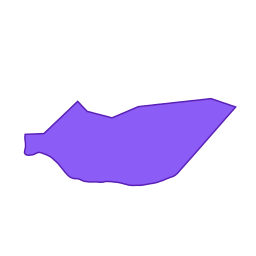 the district of Zamakh wa Manwokh, Hadramawt, Yemen, rotated 46°
{"feature_id": "15242507B25520584620075", "entity_name": "Zamakh wa Manwokh", "entity_type": "district", "adm_level": 2, "iso_a3": "YEM", "parent_name": "Yemen", "parent_adm1": "Hadramawt", "projection": "albers", "projection_center": [47.768, 17.17], "detail": "fine", "context": "isolated", "style": "filled", "palette": "violet", "viewbox_px": 256, "rotation_deg": 46, "n_neighbors": 0, "source": "geoboundaries", "source_scale": "gbopen_adm2", "svg_char_len": 5528}
<svg xmlns="http://www.w3.org/2000/svg" viewBox="0 0 256 256"><g transform="rotate(46 128 128)"><path d="M61.1,206.4L62.2,207.6L62.4,207.9L63.0,208.5L63.4,208.8L63.5,209.0L63.8,209.3L64.3,209.7L64.8,210.1L65.3,210.5L65.7,210.8L66.1,211.1L66.6,211.5L67.1,211.8L67.6,212.2L68.0,212.6L68.5,213.0L68.9,213.4L69.4,213.9L69.9,214.3L70.3,214.8L70.7,215.3L70.9,215.5L71.0,215.7L71.4,216.3L71.8,216.8L72.1,217.3L72.4,217.8L72.5,217.9L72.7,218.2L72.9,218.5L73.1,218.7L73.6,219.3L74.0,219.7L74.2,219.8L74.5,219.9L75.1,220.0L75.6,220.0L76.2,219.9L76.7,219.7L76.8,219.7L77.2,219.5L77.6,219.2L78.1,218.8L78.6,218.3L79.0,217.9L79.3,217.5L79.6,217.0L80.4,216.0L80.7,215.5L81.1,215.1L81.2,214.9L81.3,214.6L81.7,214.0L81.8,213.5L81.9,213.0L82.1,212.4L82.3,211.9L82.5,211.4L82.6,211.2L82.7,210.8L82.9,210.2L83.0,210.1L83.2,209.7L83.5,209.2L83.9,208.8L84.3,208.5L84.7,208.2L85.0,208.0L85.2,207.9L85.7,207.6L86.2,207.3L86.4,207.2L87.1,206.9L87.3,206.8L87.7,206.6L88.3,206.3L88.7,206.2L89.0,206.0L89.5,205.8L89.9,205.6L90.1,205.4L90.8,205.2L91.1,205.0L91.3,205.0L91.8,204.7L92.1,204.7L92.3,204.6L92.9,204.4L93.5,204.2L94.0,204.0L94.5,203.9L95.3,203.7L95.6,203.6L95.9,203.6L96.6,203.5L97.2,203.4L97.8,203.4L98.0,203.4L98.6,203.3L98.9,203.3L99.1,203.3L99.7,203.3L99.8,203.3L100.3,203.2L100.5,203.2L101.0,203.2L101.8,203.1L102.7,203.1L103.2,203.1L103.6,203.1L103.8,203.0L104.5,203.0L105.2,203.0L105.9,203.0L106.3,203.1L107.2,203.2L107.8,203.2L108.3,203.3L109.1,203.4L109.6,203.4L110.2,203.4L110.8,203.5L111.1,203.5L111.4,203.6L111.7,203.6L112.0,203.6L112.5,203.6L113.1,203.7L113.7,203.7L114.3,203.8L114.5,203.8L114.9,203.9L115.3,203.9L115.5,204.0L116.2,204.0L116.6,204.0L116.8,204.0L117.3,204.0L117.5,204.0L118.1,204.0L118.4,204.0L118.8,204.1L119.5,204.1L119.8,204.1L120.0,204.1L120.6,204.1L121.3,204.0L121.8,204.0L122.0,203.9L122.5,203.9L122.9,203.8L123.0,203.8L123.5,203.6L124.1,203.4L124.6,203.2L125.2,202.9L125.9,202.5L126.3,202.3L126.9,201.9L127.3,201.6L127.8,201.1L128.3,200.6L128.7,200.2L129.1,199.9L129.6,199.4L130.0,199.1L130.6,198.8L131.2,198.5L132.1,198.1L132.5,198.0L132.8,197.9L133.1,197.7L133.4,197.6L133.9,197.4L134.4,197.2L134.9,197.0L135.4,196.8L135.8,196.5L136.3,196.2L136.8,195.8L137.3,195.4L137.7,195.1L138.2,194.6L138.7,194.3L138.9,194.2L139.3,193.9L139.7,193.4L139.9,193.2L140.1,193.0L140.5,192.6L141.1,192.1L141.5,191.7L141.9,191.3L142.3,190.8L142.8,190.3L143.2,189.9L143.6,189.5L143.7,189.3L143.9,189.1L144.3,188.6L144.8,188.2L145.3,187.8L145.8,187.4L146.2,187.0L146.7,186.6L147.2,186.1L147.6,185.7L148.1,185.3L148.3,185.0L148.5,184.8L149.0,184.3L149.3,183.9L149.7,183.3L150.0,182.9L150.1,182.6L150.3,182.3L150.5,181.8L150.6,181.7L150.8,181.4L151.3,180.9L151.7,180.4L152.2,179.9L152.6,179.5L152.9,179.3L153.0,179.2L153.4,178.8L153.9,178.3L154.3,177.9L154.7,177.5L155.1,177.2L155.5,176.8L156.0,176.5L156.5,176.1L156.8,175.8L157.0,175.7L157.5,175.2L157.9,174.9L158.4,174.5L158.8,174.1L159.3,173.7L159.7,173.4L160.1,173.0L160.6,172.7L161.2,172.3L161.4,172.2L161.6,172.0L161.9,171.8L162.1,171.7L162.5,171.4L163.0,171.1L163.6,170.7L164.0,170.4L164.5,170.2L165.0,169.9L165.3,169.8L165.5,169.6L166.1,169.2L166.6,168.9L167.2,168.5L167.4,168.4L167.7,168.2L168.1,168.0L168.1,167.9L168.6,167.7L169.1,167.4L169.3,167.3L169.5,167.2L170.0,166.8L170.5,166.4L170.9,166.0L171.4,165.7L171.7,165.3L172.3,164.8L172.7,164.4L173.2,163.9L173.6,163.5L173.9,163.1L174.1,162.9L174.3,162.6L174.7,162.1L175.1,161.7L175.6,161.2L176.0,160.8L176.4,160.4L176.5,160.2L176.9,159.9L177.3,159.5L177.7,159.0L177.8,158.9L178.1,158.6L178.4,158.2L178.8,157.7L179.1,157.3L179.5,156.8L179.5,156.7L179.9,156.2L180.3,155.6L180.6,155.0L181.0,154.5L181.1,154.4L181.4,153.9L181.7,153.3L181.9,153.2L182.2,152.7L182.5,152.2L182.9,151.6L183.2,151.2L183.5,150.7L183.9,150.2L184.2,149.7L184.5,149.4L184.7,149.1L185.1,148.5L185.3,148.1L185.7,147.5L186.1,147.0L186.2,146.8L186.4,146.5L186.7,146.0L187.0,145.4L187.3,144.8L187.6,144.3L187.8,143.8L188.0,143.3L188.1,143.2L188.3,142.7L188.6,142.1L188.8,141.6L189.1,141.0L189.4,140.6L189.6,140.0L189.7,139.9L189.9,139.3L190.2,138.7L190.4,138.2L190.5,137.7L190.7,137.1L190.8,136.8L190.9,136.5L191.1,136.0L191.4,135.5L191.6,134.9L191.9,134.3L192.2,133.6L192.4,132.9L192.6,132.4L192.9,131.8L193.1,131.3L193.2,131.1L193.5,130.6L193.8,130.1L194.0,129.6L194.2,129.0L194.3,128.8L194.3,128.5L194.5,128.0L194.6,127.4L194.7,127.0L194.7,126.7L194.8,126.2L194.8,125.8L194.8,125.5L194.9,125.0L194.9,124.5L194.9,123.9L194.9,123.4L194.8,122.8L194.8,122.1L194.8,121.6L194.7,121.0L194.6,120.5L194.2,114.8L192.8,97.0L192.3,90.9L188.8,49.9L187.7,36.0L185.8,36.9L184.2,37.8L182.4,38.7L180.6,39.6L178.8,40.5L177.1,41.4L175.3,42.4L173.4,43.3L172.0,44.0L170.0,45.0L168.2,46.0L166.4,46.9L164.6,47.8L163.4,49.4L162.1,51.0L160.9,52.7L159.4,54.5L158.4,55.9L157.2,57.5L155.9,59.1L154.7,60.7L153.4,62.3L152.2,63.8L150.9,65.5L149.7,67.1L148.5,68.7L147.2,70.3L146.0,71.9L144.7,73.5L143.5,75.1L142.3,76.6L141.0,78.3L139.8,79.9L138.5,81.6L137.3,83.1L136.1,84.7L134.8,86.3L133.6,87.9L132.3,89.5L131.1,91.1L129.8,92.7L128.6,94.4L127.4,96.0L126.1,97.6L124.9,99.2L123.6,100.8L122.4,102.4L121.2,104.0L119.9,105.6L118.4,109.4L117.0,113.2L116.2,115.2L114.8,119.0L113.3,122.8L112.6,124.7L111.1,128.6L109.6,132.4L108.1,133.4L106.5,134.3L104.9,135.3L103.4,136.2L101.8,137.2L100.3,138.1L98.7,139.1L97.1,140.1L95.6,141.0L94.0,142.0L92.5,142.9L90.9,143.8L89.4,144.8L87.8,145.8L84.3,145.8L80.7,145.8L79.0,145.8L77.0,145.7L73.9,145.7L73.9,145.8L73.8,155.4L73.9,158.2L73.8,162.6L73.8,167.5L73.7,177.1L73.6,192.4L61.1,206.4Z" fill="#8b5cf6" stroke="#5b21b6" stroke-width="1.5"/></g></svg>